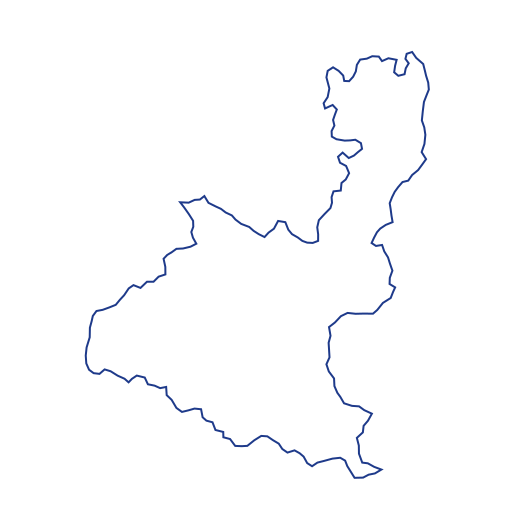 outline of Santa Luzia, Minas Gerais, Brazil, rotated 4°
{"feature_id": "56859067B83544904508322", "entity_name": "Santa Luzia", "entity_type": "district", "adm_level": 2, "iso_a3": "BRA", "parent_name": "Brazil", "parent_adm1": "Minas Gerais", "projection": "mercator", "projection_center": [-43.827, -19.726], "detail": "fine", "context": "isolated", "style": "outline", "palette": "blue", "viewbox_px": 512, "rotation_deg": 4, "n_neighbors": 0, "source": "geoboundaries", "source_scale": "gbopen_adm2", "svg_char_len": 3201}
<svg xmlns="http://www.w3.org/2000/svg" viewBox="0 0 512 512"><g transform="rotate(4 256 256)"><path d="M236.1,439.1L242.9,440.4L248.5,446.9L255.1,446.7L260.6,446.0L267.2,439.9L273.8,435.1L279.9,435.1L285.7,438.5L291.8,441.6L295.7,446.7L301.1,449.9L308.0,447.2L313.3,449.7L317.5,452.8L321.5,459.0L326.6,461.8L331.7,457.8L337.8,455.8L346.4,452.8L354.1,451.4L359.2,453.9L361.7,459.2L365.4,464.3L369.8,470.4L378.3,469.6L383.6,466.3L389.8,464.6L396.0,460.3L388.6,458.1L382.0,455.0L376.4,454.7L372.5,446.0L371.8,437.9L369.3,430.4L374.9,424.5L375.2,417.9L379.2,412.5L382.6,405.2L374.7,402.2L369.3,398.8L362.2,398.8L354.1,396.8L349.9,390.6L346.7,386.8L343.3,380.3L342.4,372.7L336.7,366.1L333.8,359.1L336.4,352.0L335.4,344.3L334.5,337.5L335.9,330.4L333.8,321.8L339.4,316.8L344.9,310.1L351.3,306.4L359.4,306.7L367.8,305.9L376.7,305.4L380.7,301.4L385.9,293.9L393.3,288.5L395.2,282.4L397.0,277.6L391.2,274.6L391.0,268.4L393.1,261.1L390.1,254.1L387.8,248.2L383.6,242.4L381.0,236.2L375.0,237.6L370.4,235.0L372.5,229.5L375.0,223.9L378.0,220.0L383.3,215.9L389.9,212.7L388.3,206.1L387.1,200.1L385.7,194.0L387.6,187.9L389.9,182.3L393.1,177.2L397.0,172.0L402.6,170.2L406.1,164.3L411.7,159.0L415.4,153.2L418.9,147.5L414.0,140.8L416.2,132.5L416.5,123.3L414.9,116.0L412.0,109.2L412.3,99.7L412.8,90.6L415.0,83.5L416.8,77.9L415.7,71.0L413.1,64.3L411.5,59.2L409.4,52.8L402.0,47.2L397.5,41.6L392.2,43.8L391.3,48.9L394.9,53.1L392.3,58.3L391.5,64.3L385.4,66.3L381.0,63.1L381.5,56.5L382.6,50.5L374.3,49.5L368.1,52.8L364.6,48.5L358.0,48.6L352.8,51.4L346.2,52.8L343.3,58.3L342.7,64.9L340.4,70.4L336.7,75.1L331.8,75.2L330.4,69.9L325.6,65.6L319.7,62.4L314.6,66.3L313.8,72.9L315.5,77.9L317.5,83.8L316.4,92.5L312.8,98.9L314.6,104.0L321.9,100.0L326.4,104.2L324.9,109.3L323.4,114.9L325.1,120.4L322.7,126.1L323.3,131.6L328.1,133.9L336.4,134.7L341.9,134.1L347.0,133.1L352.8,136.1L354.3,141.7L350.3,145.4L346.7,149.0L341.7,151.8L335.2,146.8L330.9,151.3L333.3,157.1L339.6,159.9L343.1,166.9L340.2,173.4L336.2,177.2L336.0,184.8L328.8,186.1L327.3,192.0L328.1,197.6L326.9,203.0L321.5,209.3L316.2,215.9L315.1,223.1L316.5,230.1L316.9,236.6L311.7,239.0L306.1,239.1L301.2,237.7L296.4,234.6L290.4,231.7L286.4,227.5L282.9,220.2L275.6,219.5L272.0,227.5L266.9,231.8L263.2,236.5L257.2,234.0L251.9,231.1L247.2,227.5L239.0,225.0L233.0,221.1L229.1,217.2L222.7,214.7L217.7,211.4L212.4,209.4L204.9,206.3L200.3,199.8L196.1,203.6L190.9,204.3L185.1,207.5L176.6,207.7L180.8,212.4L186.1,218.9L190.8,225.3L191.4,231.2L189.8,236.6L191.8,242.1L195.6,247.9L190.0,251.3L182.7,253.6L176.1,254.4L171.8,258.0L167.4,261.1L164.0,265.2L166.3,273.2L166.9,280.7L160.3,283.4L155.6,288.8L149.0,289.3L143.0,295.9L135.8,293.6L131.3,297.2L127.2,304.3L123.2,309.3L119.5,314.5L113.1,317.6L106.8,320.4L100.7,322.0L97.4,327.2L96.6,332.5L95.3,339.1L95.8,348.7L93.4,359.0L93.1,367.2L94.2,375.0L97.4,381.1L102.2,384.2L108.1,384.5L112.9,379.7L119.0,381.1L126.3,385.0L133.4,387.6L137.7,390.9L140.8,387.2L145.4,383.6L153.5,385.0L157.1,391.5L163.9,392.4L169.6,394.5L175.5,392.9L176.6,401.0L181.9,405.4L187.2,413.1L193.0,416.7L199.3,414.7L205.3,412.5L211.9,412.7L214.0,420.6L218.0,423.7L224.2,424.9L227.7,432.4L235.6,433.8L236.1,439.1Z" fill="none" stroke="#1e3a8a" stroke-width="2"/></g></svg>